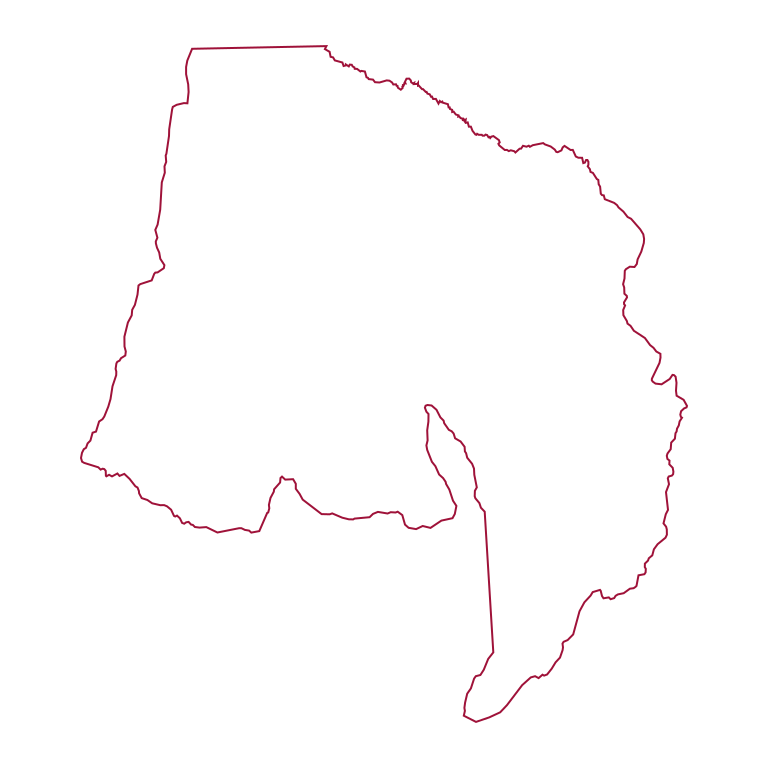 outline of Santa Victoria, Salta, Argentina
{"feature_id": "61730980B62992861219638", "entity_name": "Santa Victoria", "entity_type": "district", "adm_level": 2, "iso_a3": "ARG", "parent_name": "Argentina", "parent_adm1": "Salta", "projection": "equal_earth", "projection_center": [-64.86, -22.445], "detail": "fine", "context": "isolated", "style": "outline", "palette": "rose", "viewbox_px": 768, "rotation_deg": 0, "n_neighbors": 0, "source": "geoboundaries", "source_scale": "gbopen_adm2", "svg_char_len": 6045}
<svg xmlns="http://www.w3.org/2000/svg" viewBox="0 0 768 768"><path d="M682.0,417.7L680.9,416.9L680.3,414.6L681.1,411.2L684.1,408.4L686.5,407.4L687.0,405.9L683.6,399.8L676.6,395.7L676.0,390.7L676.5,382.8L675.6,376.7L674.0,375.1L672.5,374.9L669.7,379.0L661.6,384.3L655.5,383.6L652.7,381.6L651.8,380.2L651.9,378.7L659.5,362.9L660.5,357.6L660.4,353.8L656.3,351.5L653.5,347.8L650.1,345.1L644.9,338.0L633.9,330.8L630.5,325.8L627.5,323.6L626.9,321.1L623.4,315.2L623.2,310.0L625.1,305.4L624.1,304.2L624.0,302.4L627.0,297.4L626.8,295.9L624.4,293.7L624.2,287.5L623.1,284.2L624.5,278.5L624.8,270.8L625.9,269.2L629.8,266.7L634.5,267.0L636.8,264.0L637.6,259.4L641.3,251.6L643.8,243.0L644.1,239.0L643.3,234.3L640.3,229.4L631.1,218.8L627.6,217.0L623.4,211.6L618.5,207.4L617.1,205.2L614.2,202.9L604.8,199.2L603.8,195.4L602.0,195.1L600.8,193.7L600.1,186.6L598.7,184.3L598.3,179.9L596.8,179.0L592.9,172.9L590.5,171.9L589.9,169.2L587.7,166.3L588.4,164.9L588.4,161.8L587.4,160.0L586.1,160.0L584.9,162.6L583.3,163.1L582.1,157.8L578.3,157.7L575.8,156.5L572.8,149.9L570.6,150.0L564.5,145.9L562.7,147.4L561.4,150.4L557.7,152.2L556.3,151.9L554.8,149.6L550.7,146.5L544.9,144.4L543.2,143.1L532.8,145.2L529.9,146.8L528.8,145.7L526.5,146.7L523.0,145.8L521.1,148.6L519.6,148.7L515.4,152.5L514.2,151.2L510.8,150.3L508.8,151.1L506.9,149.9L504.8,150.0L499.2,145.4L498.4,143.8L499.7,142.4L498.9,140.1L493.4,136.1L491.4,136.6L490.2,138.0L489.5,136.9L488.5,137.3L487.2,135.1L485.6,134.6L484.3,135.7L482.6,135.7L481.8,134.8L478.7,134.8L477.1,133.8L476.4,134.8L475.4,134.5L472.5,130.8L470.9,126.7L468.9,126.7L467.7,122.4L465.7,122.9L464.7,121.4L465.5,121.2L465.7,119.6L464.7,120.3L463.9,119.3L463.6,120.2L462.8,120.1L462.5,118.6L460.6,118.1L459.2,116.4L458.2,116.6L458.4,115.3L455.8,114.5L453.6,111.6L452.2,112.0L452.1,109.8L450.0,109.0L449.7,107.4L448.6,107.4L447.9,104.2L442.6,102.6L442.3,101.6L441.1,102.2L439.8,101.0L438.5,103.6L435.9,98.9L433.1,99.0L432.0,96.6L431.1,96.8L429.7,94.3L427.4,93.6L426.6,91.9L425.8,92.0L423.0,89.1L422.0,89.1L418.7,85.5L418.0,85.7L418.0,83.0L417.4,83.9L413.8,84.1L414.1,82.9L413.1,83.5L411.2,82.3L410.8,80.4L409.2,78.6L406.5,78.7L404.9,82.0L405.5,83.4L404.3,83.3L404.0,84.8L403.0,85.0L403.2,86.3L402.4,86.6L402.6,88.0L400.8,89.7L397.9,87.7L397.5,85.9L396.6,85.8L396.0,84.3L393.3,84.5L392.1,82.5L389.5,80.7L386.7,80.4L379.5,82.5L375.0,82.2L373.0,79.6L368.7,79.1L367.9,77.8L366.5,77.3L364.9,71.5L361.3,70.9L360.4,71.5L357.1,68.9L354.7,68.8L354.4,67.4L352.6,66.4L351.8,64.8L349.8,64.6L348.8,66.4L345.9,64.5L345.9,65.4L343.6,66.0L342.4,62.5L334.8,60.4L333.1,57.4L330.6,56.8L329.6,51.8L324.9,49.1L326.4,46.1L192.1,48.8L187.3,60.6L186.1,67.0L186.1,74.2L188.2,84.4L188.6,92.0L187.4,103.3L183.9,103.1L176.7,104.8L172.8,106.9L172.1,109.5L169.2,129.3L169.0,136.0L166.4,153.7L165.7,155.5L166.2,161.9L164.5,166.3L164.8,172.7L161.8,182.4L160.2,209.7L157.6,224.6L155.3,229.9L157.4,237.7L155.8,241.4L155.9,243.4L157.0,247.7L159.2,252.5L160.3,258.8L164.4,265.1L163.8,268.2L157.6,272.4L155.3,272.6L154.2,273.9L151.7,280.4L140.3,284.1L138.5,285.5L137.5,294.6L134.9,304.9L132.2,309.8L131.7,315.4L127.9,322.5L124.4,336.7L124.5,346.5L125.8,351.5L125.3,355.5L121.0,358.2L119.6,360.6L117.3,361.8L116.4,363.4L115.6,368.9L116.3,371.6L116.2,375.2L112.5,386.3L110.5,399.1L108.3,406.6L104.3,416.5L102.5,419.2L99.1,421.5L96.0,431.6L92.6,432.7L90.4,440.6L87.6,443.4L86.0,447.8L83.8,449.2L82.0,452.8L81.0,458.0L82.1,461.7L84.2,462.9L98.3,467.3L100.6,469.6L102.7,468.7L104.3,469.1L105.7,470.8L105.9,475.8L106.4,476.3L109.1,474.8L112.0,476.4L117.4,473.5L119.5,475.9L124.3,473.9L129.6,478.9L135.4,486.3L137.5,487.5L138.9,491.0L139.1,493.3L141.7,498.1L147.4,500.0L152.2,503.3L160.3,505.2L164.1,505.1L167.0,506.3L171.1,509.7L174.0,515.9L175.2,516.5L177.0,515.6L179.9,518.3L182.1,522.9L184.2,523.7L186.2,522.3L188.6,521.9L191.1,524.6L192.8,524.9L194.9,527.0L199.5,527.6L206.3,527.1L217.4,532.5L239.1,528.2L241.4,528.2L244.9,529.9L249.1,530.6L251.3,532.6L259.3,531.1L267.2,512.9L268.2,512.5L269.3,508.3L268.9,504.9L270.5,497.9L273.8,491.7L274.1,489.3L280.1,482.5L280.5,478.0L282.0,476.6L285.2,479.6L293.1,479.2L295.8,483.8L295.8,488.8L299.6,493.9L302.7,499.6L321.6,514.1L329.7,514.3L332.2,513.4L342.3,517.7L348.8,519.3L353.2,519.4L354.5,518.6L369.6,517.2L373.0,513.9L377.9,511.9L387.6,513.5L390.7,512.2L395.6,512.5L397.7,511.7L402.3,515.1L405.0,524.6L408.6,527.8L416.1,529.1L422.7,526.0L430.5,527.9L441.4,520.6L452.5,518.2L454.8,514.0L456.4,505.9L453.0,500.7L449.3,489.5L446.1,484.0L445.6,481.8L443.1,478.1L439.1,474.5L435.4,466.2L431.9,461.8L427.2,449.9L426.4,445.4L427.6,440.4L427.2,430.3L428.4,421.7L428.5,414.0L426.4,411.7L424.9,407.7L425.6,405.7L427.5,405.0L431.6,405.5L436.5,409.8L440.4,417.4L443.6,420.6L444.2,423.2L448.8,429.8L451.7,431.3L453.6,433.5L455.1,438.3L460.6,441.5L464.6,446.8L464.9,451.4L466.1,453.2L467.2,457.7L472.1,463.8L474.0,468.6L474.3,474.8L476.8,487.4L474.9,490.8L474.7,496.2L475.4,498.3L479.4,503.1L480.9,507.7L484.7,511.7L493.3,652.4L488.2,658.9L483.8,669.7L480.4,675.0L475.8,676.2L474.1,678.6L470.9,688.4L467.2,693.7L465.1,702.6L464.4,707.9L464.9,710.9L463.8,715.7L476.0,721.9L489.2,717.4L500.2,712.3L507.0,705.1L522.2,685.1L530.8,677.4L535.1,676.2L538.6,678.1L542.5,674.7L544.1,675.6L547.1,674.5L551.7,668.7L555.6,662.3L560.0,657.6L562.6,650.1L563.0,647.3L562.5,643.6L563.6,641.8L567.6,640.1L573.2,634.4L579.5,611.3L584.4,602.3L590.6,595.6L592.7,592.1L600.0,589.9L600.7,590.8L602.0,596.0L603.5,598.3L608.8,597.4L610.6,599.2L614.2,598.1L615.6,595.8L617.9,594.4L623.7,593.2L629.9,588.7L633.6,588.2L635.4,587.0L636.5,585.9L638.5,575.3L644.4,574.2L645.6,572.4L645.8,568.8L644.8,567.1L644.9,563.6L648.0,560.6L648.8,558.3L652.3,555.3L653.9,549.3L657.6,544.2L665.5,537.7L666.9,534.7L666.8,529.4L666.1,526.7L663.5,523.4L665.8,514.2L668.0,509.9L666.0,492.1L669.0,484.2L667.8,478.3L668.7,476.5L671.9,475.6L673.1,474.2L673.4,471.7L672.7,467.8L669.3,464.3L669.5,460.6L667.4,458.9L666.8,455.8L667.5,453.5L670.7,449.2L671.2,442.6L674.9,438.7L675.5,433.2L676.6,431.5L677.0,428.7L678.8,425.4L679.6,421.4L682.0,417.7Z" fill="none" stroke="#9f1239" stroke-width="2"/></svg>